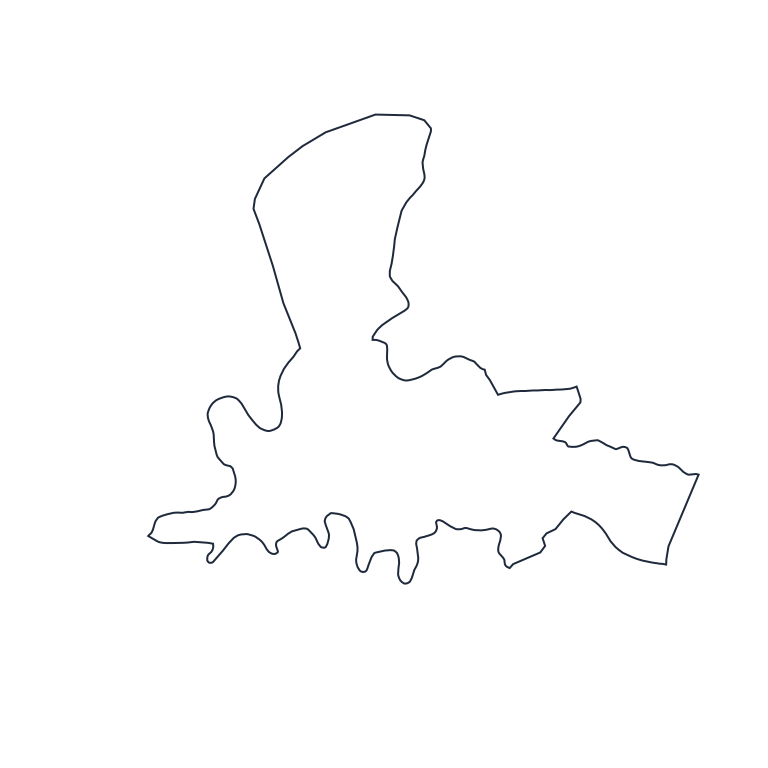 outline of Fond Assau/Babonneau, Dauphin, Saint Lucia, rotated 162°
{"feature_id": "8701671B78261941759356", "entity_name": "Fond Assau/Babonneau", "entity_type": "district", "adm_level": 2, "iso_a3": "LCA", "parent_name": "Saint Lucia", "parent_adm1": "Dauphin", "projection": "albers", "projection_center": [-60.936, 13.995], "detail": "fine", "context": "isolated", "style": "outline", "palette": "slate", "viewbox_px": 768, "rotation_deg": 162, "n_neighbors": 0, "source": "geoboundaries", "source_scale": "gbopen_adm2", "svg_char_len": 6166}
<svg xmlns="http://www.w3.org/2000/svg" viewBox="0 0 768 768"><g transform="rotate(162 384 384)"><path d="M321.4,170.1L316.8,172.8L287.4,175.5L280.8,180.2L280.8,188.3L275.6,191.7L265.7,193.0L255.3,199.8L245.2,204.8L242.8,202.7L234.1,196.5L228.6,191.2L225.5,187.2L223.2,183.3L221.3,179.2L219.3,173.4L217.1,164.3L214.1,157.2L211.8,153.5L209.1,149.7L201.4,142.6L197.4,139.4L192.6,136.1L184.5,131.5L176.9,127.7L174.7,126.9L171.5,125.1L169.5,130.3L163.6,141.7L112.8,200.6L115.1,202.0L121.5,203.4L122.5,203.7L123.4,204.4L124.6,205.6L126.5,207.9L129.1,212.9L130.1,214.5L132.8,217.3L134.5,218.5L136.9,219.4L141.5,219.8L145.7,221.0L148.8,222.7L152.1,225.6L153.5,226.5L157.4,228.4L163.2,231.0L165.7,232.2L169.4,234.6L170.9,235.9L171.9,237.5L172.1,239.7L172.0,245.1L172.3,247.5L172.7,248.2L174.1,249.5L176.3,250.5L177.2,250.6L181.8,250.3L183.4,250.3L184.0,250.6L188.3,254.6L191.1,256.9L194.4,260.8L197.5,264.0L198.3,264.5L199.8,264.9L204.8,265.9L207.7,266.0L214.1,264.9L216.8,264.7L219.5,264.8L220.9,265.0L224.6,266.1L228.0,267.6L228.5,268.4L229.1,271.6L229.8,272.8L231.8,274.3L236.8,276.7L238.3,277.9L239.7,279.8L217.9,296.3L202.9,305.8L201.6,309.1L201.6,322.0L204.3,321.9L208.6,322.0L217.0,323.9L220.8,325.1L226.9,326.6L233.0,328.6L240.3,330.5L245.0,332.0L251.5,333.6L256.2,335.1L261.9,336.6L271.3,338.1L274.3,338.4L278.9,338.5L282.1,355.0L284.1,361.1L283.8,366.5L284.3,366.7L285.7,367.8L287.3,369.4L289.7,374.0L290.9,376.8L291.7,377.9L295.2,380.6L299.7,384.9L301.8,386.3L303.3,386.9L307.2,388.0L309.2,388.2L310.9,388.2L315.2,387.4L316.5,387.0L318.4,386.2L322.0,384.3L324.8,383.1L327.5,382.8L332.7,383.0L334.2,382.9L340.1,381.1L345.4,379.9L348.9,379.5L353.1,379.4L358.9,379.8L361.3,380.3L362.9,380.9L364.6,381.9L367.5,384.2L368.8,385.6L370.3,387.9L372.3,391.8L373.2,394.7L374.0,399.2L374.1,402.0L373.6,406.1L372.7,409.1L370.3,415.7L369.5,418.8L369.4,420.4L369.7,421.5L370.8,423.0L375.4,426.8L377.7,428.3L381.2,429.5L380.1,432.5L373.8,437.5L371.6,438.7L367.2,440.7L356.0,444.1L341.3,447.5L338.5,448.6L337.7,449.2L336.7,450.3L336.0,452.1L335.5,454.1L335.6,456.2L336.1,459.5L338.5,466.2L340.5,472.7L344.1,479.3L345.1,483.6L345.1,484.9L344.7,486.3L343.5,489.8L339.7,495.9L335.9,503.2L331.5,512.5L328.9,518.5L322.4,529.5L313.7,543.4L306.6,549.9L301.5,553.2L298.5,554.7L294.1,557.5L288.6,560.6L285.0,563.2L282.9,565.4L281.8,567.2L281.2,569.1L280.8,571.0L280.3,576.3L279.1,582.0L278.5,583.6L277.2,585.7L275.2,588.5L272.3,594.0L269.4,598.6L261.5,609.5L260.9,610.8L260.4,612.7L264.2,622.4L276.7,631.6L308.9,642.9L361.7,641.4L388.0,635.4L404.9,629.4L434.2,616.5L449.6,599.9L454.0,590.9L453.2,575.0L453.2,530.5L454.7,492.0L452.5,459.5L452.5,449.7L452.7,443.8L456.6,441.9L461.8,437.8L468.2,434.0L474.4,429.4L479.8,423.8L482.8,419.7L485.3,414.7L486.4,411.2L487.1,408.7L487.6,404.6L488.2,396.0L489.7,388.6L491.5,383.6L493.5,380.0L494.7,378.3L496.9,376.3L498.7,375.4L502.4,374.7L505.9,374.6L507.9,374.8L509.4,375.4L511.4,376.6L514.3,379.1L515.8,380.6L518.2,384.8L520.4,390.3L522.6,396.3L525.5,409.3L527.1,413.1L528.1,415.0L529.0,416.1L531.8,418.3L534.5,419.8L536.4,420.5L538.3,420.8L540.3,421.0L543.6,421.0L547.1,420.7L548.9,420.3L551.4,419.3L552.9,418.6L555.1,417.1L557.4,415.0L559.0,413.1L560.7,410.7L561.2,409.4L561.9,406.2L562.0,402.8L561.4,397.9L561.2,391.8L561.6,388.6L563.6,381.2L564.4,377.4L565.0,368.7L564.9,366.3L564.0,363.8L561.6,358.3L560.8,356.8L558.5,355.1L555.5,353.3L554.0,350.4L554.1,342.1L554.6,338.9L555.5,336.0L556.6,333.7L558.2,331.1L559.5,329.6L561.0,328.3L562.5,327.4L563.7,326.6L565.5,325.9L569.0,325.7L571.6,326.3L573.5,326.5L576.9,326.0L578.2,325.2L580.7,322.6L582.4,321.4L585.7,319.8L588.6,318.9L590.2,319.1L594.9,320.1L601.0,320.6L604.8,321.2L606.8,321.7L609.6,322.9L615.6,323.8L620.0,325.5L623.8,326.5L630.4,327.1L635.5,327.2L639.2,326.9L640.5,326.5L643.6,324.2L645.2,322.2L648.8,316.8L650.3,315.2L651.4,314.2L654.0,313.0L655.2,312.3L648.0,304.2L646.2,302.8L643.5,301.3L640.8,300.2L633.7,297.9L623.3,294.8L619.3,293.8L613.3,292.6L600.4,287.3L595.9,284.9L596.7,281.8L598.4,279.1L600.4,277.5L603.0,276.4L604.4,275.5L605.1,274.6L605.6,273.7L606.5,271.3L606.6,270.8L606.4,269.9L606.1,268.9L605.4,268.0L604.0,267.5L602.9,267.3L601.9,267.4L600.5,268.2L588.7,275.3L581.0,280.5L574.4,284.1L569.9,285.2L566.6,285.1L561.1,283.8L559.4,282.9L555.0,279.9L553.5,278.5L550.6,274.7L548.9,271.8L547.6,268.0L546.6,263.0L545.3,259.7L543.2,257.4L541.9,256.6L540.4,256.1L539.4,256.1L537.9,256.5L537.0,256.9L536.6,257.6L536.7,261.2L536.6,263.9L535.8,265.8L535.0,266.9L533.8,267.6L529.5,268.5L526.4,269.4L521.6,271.2L517.2,272.3L507.4,271.9L505.3,271.6L503.2,270.8L501.9,270.0L500.9,268.7L497.7,262.1L496.7,258.9L495.9,252.5L494.8,249.4L494.3,248.3L493.9,248.0L492.1,247.0L491.0,246.7L490.0,246.9L489.3,247.4L487.3,249.4L484.5,253.7L483.1,256.9L482.8,258.2L482.7,260.1L483.0,267.8L482.9,270.8L482.8,271.9L481.5,274.0L480.8,274.8L479.2,276.0L474.7,277.6L473.2,277.2L468.0,274.8L465.6,273.3L461.9,270.5L460.6,269.1L459.1,266.9L458.4,263.0L457.7,255.3L458.8,241.9L459.6,237.0L460.9,233.2L464.8,225.6L465.6,222.4L465.7,218.1L464.8,214.4L464.1,213.1L462.2,211.7L460.2,211.4L459.3,211.6L458.3,212.0L456.5,214.1L454.6,216.7L450.5,221.8L449.2,223.3L445.5,226.2L443.6,226.2L434.5,225.3L429.1,224.0L426.0,222.6L424.8,221.0L423.8,219.1L423.6,216.3L423.8,213.6L424.9,209.1L427.2,204.3L429.4,198.7L429.6,197.2L429.6,194.7L429.2,192.2L428.1,190.0L426.5,188.1L426.1,187.8L424.7,187.4L423.1,187.3L421.4,187.7L420.5,188.0L419.7,188.7L417.3,191.2L412.6,197.8L409.1,201.1L406.7,204.3L405.2,207.9L403.4,217.3L402.8,222.1L401.8,224.2L401.3,225.0L399.6,225.9L397.4,226.6L392.9,226.2L387.5,226.1L384.8,226.2L382.2,226.7L380.2,227.9L378.4,230.1L377.7,232.0L377.3,236.1L376.8,236.9L376.1,237.5L375.2,237.8L373.9,237.6L372.5,236.9L370.5,235.2L365.0,228.3L360.9,224.2L359.7,223.4L357.7,222.7L355.3,222.1L351.4,222.1L350.9,221.9L349.5,221.2L345.7,218.6L342.8,217.0L336.6,214.7L332.1,213.8L325.8,213.2L323.8,212.3L322.1,211.0L321.3,210.0L320.4,208.8L319.7,207.3L319.4,205.2L319.6,203.6L321.7,199.4L324.4,195.6L326.0,192.7L326.9,190.2L327.0,189.1L326.7,187.1L324.6,182.4L323.9,180.0L324.0,179.0L324.7,175.5L324.6,174.2L324.1,173.0L323.6,172.2L321.4,170.1Z" fill="none" stroke="#1e293b" stroke-width="2"/></g></svg>